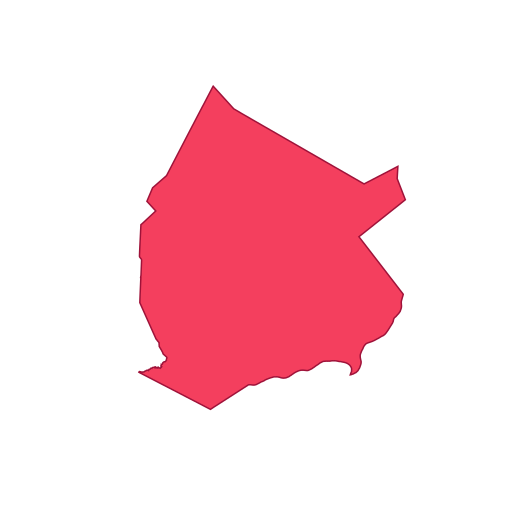 outline of Capital, La Rioja, Argentina, rotated 227°
{"feature_id": "61730980B64159378499320", "entity_name": "Capital", "entity_type": "district", "adm_level": 2, "iso_a3": "ARG", "parent_name": "Argentina", "parent_adm1": "La Rioja", "projection": "orthographic", "projection_center": [-66.622, -29.46], "detail": "fine", "context": "isolated", "style": "filled", "palette": "rose", "viewbox_px": 512, "rotation_deg": 227, "n_neighbors": 0, "source": "geoboundaries", "source_scale": "gbopen_adm2", "svg_char_len": 5318}
<svg xmlns="http://www.w3.org/2000/svg" viewBox="0 0 512 512"><g transform="rotate(227 256 256)"><path d="M174.9,118.1L174.2,122.4L166.9,162.8L166.0,163.7L165.4,164.4L164.6,165.0L163.9,165.6L163.2,166.3L162.6,167.0L162.1,167.9L161.7,168.8L161.5,169.7L161.2,170.6L160.9,171.6L160.7,172.5L160.5,173.5L160.2,174.4L159.8,175.2L159.5,176.2L159.2,177.1L159.1,178.1L158.8,179.0L158.5,179.9L158.1,180.8L157.8,181.7L157.4,182.6L157.0,183.5L156.6,184.3L156.1,185.2L155.7,186.1L155.2,186.9L154.5,187.6L153.9,188.3L153.2,189.1L152.5,189.6L151.7,190.2L150.9,190.7L149.8,191.3L148.5,192.3L147.8,193.0L147.2,193.8L146.6,194.6L146.2,195.4L145.9,196.3L145.5,197.2L145.2,198.2L145.2,199.1L144.9,200.1L144.8,201.0L144.7,202.0L144.5,202.9L144.4,203.9L144.2,204.9L144.0,205.8L143.7,206.7L143.4,207.6L143.1,208.5L142.7,209.4L142.2,210.3L141.7,211.1L141.1,211.8L140.4,212.6L139.7,213.2L139.0,213.8L138.2,214.5L137.5,215.1L136.9,215.8L136.5,216.7L136.2,217.6L135.9,218.6L135.6,219.5L135.4,220.4L135.3,221.4L135.1,222.4L135.0,223.3L134.9,224.3L134.8,225.2L134.6,226.2L134.4,227.1L134.3,228.1L134.2,229.1L134.1,230.0L133.8,230.9L133.5,231.9L133.3,232.8L132.8,233.7L132.2,234.4L131.6,235.2L131.0,235.9L130.3,236.6L129.7,237.3L129.0,238.0L128.4,238.8L127.9,239.6L127.3,240.4L126.6,241.1L126.0,241.8L125.3,242.5L124.6,243.1L123.8,243.7L123.0,244.3L122.2,244.8L121.5,245.5L120.8,246.1L120.0,246.6L119.2,247.2L118.4,247.8L117.6,248.3L116.8,248.8L115.9,249.2L115.0,249.6L114.1,249.8L113.1,250.0L112.2,250.1L111.2,250.0L110.3,249.8L109.3,249.6L108.5,249.1L107.8,248.5L107.1,247.8L106.4,247.1L106.0,246.2L105.6,245.3L104.8,243.9L104.2,244.9L103.9,245.8L103.4,246.7L103.2,247.6L103.0,248.5L102.6,249.4L102.6,250.4L102.6,251.4L102.6,252.3L102.9,253.3L103.2,254.2L103.4,255.1L103.8,256.0L104.3,256.9L104.7,257.7L105.2,258.6L105.7,259.4L106.3,260.1L107.0,260.8L107.8,261.3L108.7,261.8L109.5,262.3L110.3,262.8L111.1,263.4L111.8,264.0L112.5,264.7L113.0,265.5L113.5,266.4L113.9,267.3L114.3,268.1L114.7,269.0L115.0,269.9L115.3,270.9L115.7,271.7L116.1,272.6L116.4,273.5L116.6,274.5L116.7,275.4L116.8,276.4L116.6,277.3L116.3,278.3L115.9,279.1L115.5,280.0L115.1,280.9L114.7,281.8L114.3,282.7L114.0,283.6L113.7,284.5L113.4,285.4L113.2,286.4L112.9,287.3L112.7,288.3L112.4,289.2L112.2,290.1L112.0,291.1L111.8,292.0L111.6,293.0L111.3,293.9L111.0,294.8L110.9,295.8L110.8,296.7L110.9,297.7L111.0,298.7L111.2,299.6L111.4,300.6L111.6,301.5L111.8,302.5L112.1,303.4L112.3,304.3L112.6,305.3L112.8,306.2L113.1,307.1L113.3,308.1L113.6,309.0L113.8,309.9L114.2,310.8L114.6,311.7L115.2,312.5L115.7,313.3L116.2,314.1L116.4,315.1L116.4,316.0L116.3,317.0L116.4,318.0L116.5,318.9L116.6,319.9L116.6,320.9L116.8,321.8L117.0,322.8L117.2,323.7L117.7,324.6L118.1,325.4L118.6,326.3L119.1,327.1L119.7,327.8L120.4,328.5L121.2,329.1L121.9,329.7L122.7,330.3L123.4,331.0L124.0,331.7L124.5,332.6L125.0,333.4L125.5,334.2L126.0,335.0L126.5,335.9L127.0,336.7L127.6,337.6L153.0,340.0L199.9,344.4L195.3,403.6L216.3,412.0L224.8,420.9L235.0,384.2L238.8,383.0L355.3,347.2L370.0,342.7L378.8,340.1L409.4,340.5L409.2,339.8L408.1,336.7L402.1,319.7L402.0,319.3L401.8,318.7L400.9,316.2L397.1,305.4L395.1,299.8L394.6,298.3L381.0,260.0L375.8,245.4L376.4,226.9L370.4,213.5L368.8,213.5L357.3,213.4L357.3,209.1L357.3,202.1L357.3,195.0L357.4,193.2L338.2,173.5L335.4,170.7L335.0,170.4L334.5,170.2L332.0,170.0L331.5,169.8L331.1,169.6L320.3,158.7L318.9,156.9L318.7,157.0L305.0,143.1L301.1,139.2L273.7,129.8L264.9,126.8L264.7,126.7L264.2,126.6L263.9,126.4L263.6,126.3L263.0,126.3L262.5,126.3L261.9,126.2L261.3,126.1L260.9,126.1L259.0,126.0L258.8,126.0L258.7,125.9L257.9,125.3L257.9,125.2L257.4,124.8L256.5,124.1L256.2,123.9L255.8,123.5L255.1,123.4L254.8,123.3L254.3,123.2L253.9,123.1L253.3,123.0L252.7,122.8L252.4,122.8L251.2,122.5L250.2,122.2L249.7,122.1L249.3,122.0L249.1,121.9L248.8,121.8L248.5,121.6L248.1,121.5L247.9,121.4L247.7,121.3L247.0,121.3L246.4,121.4L245.7,121.5L245.4,121.5L244.0,121.6L243.5,121.7L243.4,121.7L243.2,121.7L242.7,121.6L242.2,121.3L242.1,121.0L241.7,120.3L241.5,120.0L241.2,119.6L241.0,119.3L240.9,119.3L240.9,119.2L240.7,118.6L240.7,117.8L240.6,117.6L241.1,116.9L241.3,116.7L241.4,115.6L241.5,115.4L241.5,115.2L241.4,115.1L241.3,114.6L241.0,114.2L240.9,114.1L240.8,113.5L240.9,113.3L240.9,113.2L241.0,113.1L241.0,112.9L241.3,112.8L241.2,112.7L240.8,112.4L240.7,112.1L240.6,111.7L240.4,111.4L240.2,111.5L239.9,111.5L239.4,111.6L239.2,111.0L239.3,110.3L239.2,109.8L239.2,109.5L239.5,109.5L239.7,109.3L239.8,109.2L240.0,109.0L240.3,108.8L240.3,108.7L240.6,108.7L240.9,108.7L241.3,108.7L241.5,108.7L241.6,108.4L241.5,108.0L241.3,107.7L241.4,107.4L241.6,107.4L242.1,107.3L242.2,106.8L242.3,106.7L242.6,106.4L242.6,106.5L243.0,106.8L243.4,106.9L243.6,106.7L243.8,106.5L243.9,106.2L243.7,106.0L243.7,105.9L243.8,105.9L244.1,105.6L244.3,105.3L244.5,105.0L244.9,104.4L245.0,104.3L245.0,103.7L244.9,103.6L244.8,103.3L245.0,103.2L245.3,102.9L245.6,102.7L245.5,102.3L245.4,101.8L245.4,101.6L245.5,101.3L245.6,101.0L246.0,100.7L246.0,100.3L246.0,100.2L245.5,99.3L245.6,99.1L246.4,98.9L246.7,98.5L247.0,98.0L247.1,97.8L247.1,97.1L247.6,96.1L247.5,95.9L247.5,95.5L247.8,94.7L248.1,94.5L248.3,94.3L248.3,94.1L248.3,93.9L248.7,93.6L249.1,93.2L249.8,92.8L250.5,92.3L250.9,92.1L251.0,91.9L251.0,91.4L250.9,91.1L250.3,91.3L250.1,91.3L174.9,118.1Z" fill="#f43f5e" stroke="#9f1239" stroke-width="1.5"/></g></svg>